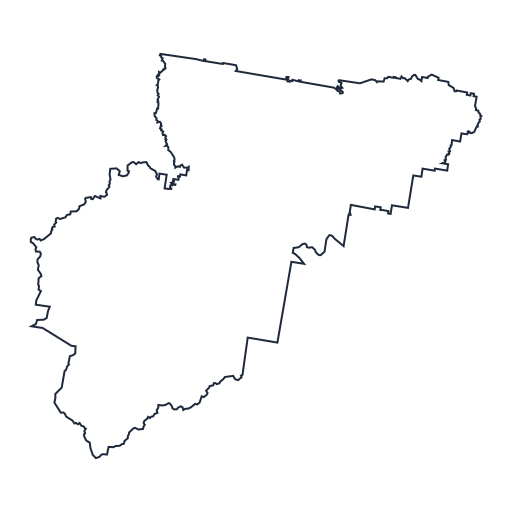 outline of Muswellbrook, New South Wales, Australia
{"feature_id": "25037944B88537048948574", "entity_name": "Muswellbrook", "entity_type": "district", "adm_level": 2, "iso_a3": "AUS", "parent_name": "Australia", "parent_adm1": "New South Wales", "projection": "orthographic", "projection_center": [150.528, -32.488], "detail": "fine", "context": "isolated", "style": "outline", "palette": "slate", "viewbox_px": 512, "rotation_deg": 0, "n_neighbors": 0, "source": "geoboundaries", "source_scale": "gbopen_adm2", "svg_char_len": 5907}
<svg xmlns="http://www.w3.org/2000/svg" viewBox="0 0 512 512"><path d="M95.9,458.1L99.6,456.8L101.2,454.8L102.9,454.2L107.0,454.5L108.6,446.9L113.3,447.2L115.6,446.0L119.7,445.8L122.0,444.1L123.8,443.8L124.6,440.9L127.8,438.2L127.9,435.9L128.8,434.5L129.1,432.5L133.4,428.4L134.9,427.8L138.3,429.5L143.0,429.0L143.7,426.2L144.8,424.9L143.6,423.0L144.3,421.0L147.4,418.5L148.0,416.9L149.9,418.1L150.7,416.8L153.1,416.4L154.6,413.9L157.4,412.9L156.8,410.0L158.3,407.8L158.3,405.0L162.6,405.5L165.8,404.8L168.7,403.1L169.8,403.5L171.8,406.0L172.3,408.0L174.1,409.4L176.7,409.3L178.1,407.7L180.8,406.3L182.6,407.3L183.3,410.0L184.9,408.9L188.1,408.6L191.0,407.3L195.2,403.8L197.1,404.5L199.6,402.6L201.7,396.3L203.8,397.1L206.7,394.8L207.6,393.1L206.1,390.7L209.3,387.4L209.7,386.0L213.2,385.4L213.9,383.1L215.6,383.1L216.8,384.2L219.4,383.3L220.2,381.6L223.4,379.0L224.9,377.0L233.2,375.9L235.1,379.2L238.2,380.1L241.6,377.2L241.0,375.7L242.5,374.8L247.7,337.6L277.4,342.6L291.4,261.8L304.0,263.8L299.4,257.9L294.9,253.8L292.8,252.9L293.6,248.0L298.8,247.2L302.5,244.1L305.0,243.6L306.5,244.8L306.9,247.1L308.8,247.7L312.1,247.2L314.8,249.6L315.8,252.1L317.5,254.0L319.1,255.1L320.7,255.1L324.5,251.7L326.4,239.3L329.0,235.5L330.1,235.1L332.3,236.0L334.4,238.5L343.6,246.1L348.6,214.6L350.5,214.9L350.1,213.0L349.6,212.9L350.9,204.9L374.7,209.4L375.2,206.4L380.7,207.3L380.2,210.9L380.6,209.7L388.4,211.1L388.0,213.4L390.6,213.9L392.0,205.3L408.0,207.9L413.3,175.5L421.4,176.7L422.6,168.6L434.7,170.7L435.0,168.6L447.2,170.6L448.1,164.2L442.3,163.3L445.1,162.2L445.4,161.3L444.7,160.2L446.0,159.7L445.5,157.3L447.2,154.4L448.2,154.8L449.3,153.9L448.6,151.5L450.0,151.3L449.2,148.7L450.6,147.3L450.7,145.4L451.5,145.3L452.1,140.1L460.1,141.5L461.5,133.4L467.1,134.3L468.4,132.9L467.6,131.9L468.1,131.3L469.2,131.5L470.9,133.2L472.2,133.0L474.3,131.8L476.3,127.3L477.9,126.5L477.3,125.4L479.0,122.0L479.8,121.5L479.5,119.7L480.6,118.9L480.5,116.6L481.3,116.0L480.2,115.1L480.1,113.8L478.6,112.6L478.3,110.7L475.9,110.1L476.2,108.9L475.0,106.1L476.6,96.7L473.6,96.2L474.0,93.8L470.8,93.2L470.3,95.5L466.8,94.8L467.2,92.5L456.6,90.5L456.4,91.2L454.6,91.3L453.4,87.8L448.8,85.2L448.3,81.9L438.2,80.0L438.6,77.8L431.7,74.6L427.8,76.8L427.6,78.0L422.1,77.0L421.4,81.1L419.5,79.4L418.0,79.2L415.3,74.9L414.1,74.9L412.1,76.4L411.0,78.8L408.6,79.6L407.7,81.1L404.7,78.1L403.3,78.3L401.5,76.5L400.5,78.8L395.6,78.0L395.7,77.3L393.7,76.9L393.5,77.8L388.3,76.8L387.2,78.2L384.6,78.3L383.6,81.6L377.9,81.3L377.0,82.2L375.3,80.2L371.4,79.4L359.9,83.3L339.1,80.2L338.5,80.8L338.9,81.9L341.5,83.0L340.6,85.8L342.2,87.8L339.8,88.2L337.7,86.2L336.9,87.5L337.2,88.6L339.7,89.1L342.8,92.0L342.6,93.1L340.2,93.6L339.5,91.5L337.4,90.8L336.5,89.4L333.7,87.6L300.5,81.8L300.7,80.5L298.9,80.2L298.7,81.4L292.5,79.8L292.3,81.1L290.0,80.7L289.8,81.7L287.5,81.3L288.5,77.0L286.4,77.0L286.1,78.8L286.7,79.7L235.8,71.0L237.2,69.1L236.0,65.2L223.0,63.0L222.8,64.0L205.6,61.2L205.5,59.5L204.0,59.3L203.7,61.0L196.0,59.1L160.4,53.9L159.8,55.4L161.2,56.0L161.3,57.6L162.7,58.4L161.8,60.5L163.1,60.9L165.3,64.0L164.8,66.9L165.6,67.9L164.6,69.3L163.3,69.3L163.2,70.1L160.3,72.7L159.0,72.0L159.2,75.3L158.4,76.0L157.7,75.1L156.7,76.6L157.1,78.2L159.3,79.4L158.3,80.6L157.9,84.2L156.8,85.1L157.7,85.6L158.1,87.1L157.2,90.2L157.7,93.1L158.6,93.9L157.7,95.4L159.0,96.6L157.5,100.0L158.3,101.1L157.5,102.1L158.5,103.0L158.1,108.6L157.2,108.5L155.8,113.2L154.4,113.2L154.6,115.9L156.6,118.4L156.3,119.9L157.8,121.1L157.4,122.4L159.8,121.8L161.1,123.4L160.9,125.5L161.5,125.9L160.3,127.0L160.6,127.8L160.1,128.5L161.5,129.3L161.1,130.3L163.2,131.6L162.5,133.1L163.0,135.1L164.8,134.8L166.1,136.2L165.3,137.6L165.8,138.4L165.4,139.4L166.4,139.8L165.6,141.4L167.1,144.3L165.6,145.8L167.0,145.6L168.3,147.2L168.3,150.2L170.7,151.9L174.2,157.4L174.6,159.9L173.8,161.0L174.5,161.9L173.9,163.4L174.2,165.1L175.3,166.1L175.3,167.7L177.8,166.3L179.8,166.9L180.2,165.7L182.1,164.7L184.0,167.6L187.4,167.7L188.7,166.8L188.6,170.2L187.1,169.9L186.2,175.4L180.3,174.4L180.0,176.5L178.0,176.1L177.9,176.6L178.9,176.8L178.4,179.8L173.3,179.0L173.0,180.9L173.9,181.0L173.7,182.1L171.0,182.8L171.8,183.8L175.4,184.4L175.3,184.9L173.3,184.6L172.4,185.4L170.5,185.3L169.8,188.1L171.3,188.5L171.2,189.0L168.0,188.9L164.6,188.4L166.7,174.7L159.5,173.6L158.7,179.4L157.7,179.2L156.1,176.5L157.0,174.3L155.2,170.9L150.4,168.3L149.4,166.4L148.2,165.7L146.4,162.1L143.1,162.3L140.9,163.1L138.6,162.1L136.2,164.2L133.4,162.0L131.8,162.3L127.6,165.5L127.5,170.7L128.8,171.0L128.8,172.6L126.8,175.4L123.0,176.3L118.7,174.9L119.8,171.2L116.6,168.4L110.3,168.8L109.6,174.3L110.5,179.5L109.5,181.5L109.8,183.8L108.8,185.0L109.4,186.8L106.6,190.1L105.9,192.2L106.9,193.6L106.9,195.0L104.2,196.8L100.4,196.0L100.4,198.4L94.9,196.0L92.7,199.2L91.2,198.9L90.8,197.1L85.8,197.9L85.1,198.9L85.8,201.5L85.1,203.1L83.7,204.6L79.5,206.2L79.0,208.9L76.6,211.3L70.7,211.5L70.3,214.3L66.9,215.0L65.5,217.3L60.0,219.0L57.7,217.9L56.1,218.7L55.7,221.6L56.2,222.6L54.2,224.5L54.6,226.6L52.6,226.9L51.8,229.1L52.3,229.7L51.2,231.3L50.9,233.5L43.9,239.1L40.7,240.5L39.6,238.9L37.4,239.5L35.7,238.8L34.4,237.0L31.3,237.8L30.7,239.7L30.9,242.1L33.0,243.1L36.3,247.3L35.5,249.2L35.9,251.5L39.7,251.7L40.8,253.4L40.4,256.2L37.6,259.4L37.3,261.9L38.7,265.2L37.9,269.8L40.7,273.7L41.4,276.2L38.7,278.1L38.2,284.6L39.0,286.1L38.6,289.6L40.9,291.1L36.3,300.4L35.8,304.7L49.8,306.7L48.0,311.1L46.7,318.0L43.7,319.7L37.1,320.0L35.9,324.0L31.5,326.3L42.7,328.0L71.4,345.8L75.6,346.3L75.2,353.6L72.7,355.3L69.9,356.1L68.4,363.5L68.9,364.6L67.2,366.2L66.0,370.0L64.6,371.0L61.7,387.6L55.3,394.0L55.4,398.1L54.4,402.6L60.8,412.7L63.3,412.5L64.7,413.5L66.2,416.6L72.5,420.6L74.5,423.5L76.0,422.9L78.1,424.3L79.6,423.0L81.4,425.7L84.0,426.6L84.9,428.6L85.7,428.7L84.3,431.3L85.1,433.2L83.9,434.5L84.5,437.3L86.5,440.8L89.7,442.5L90.5,448.3L92.7,454.8L95.9,458.1Z" fill="none" stroke="#1e293b" stroke-width="2"/></svg>